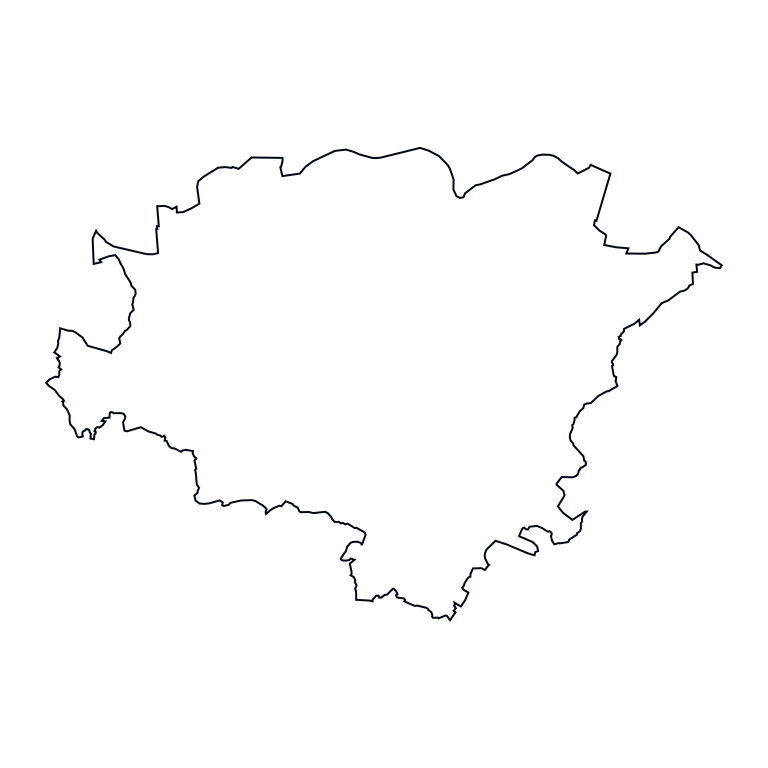 Branistea, Bistrita-Nasaud, Romania (Natural Earth projection)
{"feature_id": "2599482B22928448752539", "entity_name": "Branistea", "entity_type": "district", "adm_level": 2, "iso_a3": "ROU", "parent_name": "Romania", "parent_adm1": "Bistrita-Nasaud", "projection": "natural_earth1", "projection_center": [24.066, 47.15], "detail": "fine", "context": "isolated", "style": "outline", "palette": "ink", "viewbox_px": 768, "rotation_deg": 0, "n_neighbors": 0, "source": "geoboundaries", "source_scale": "gbopen_adm2", "svg_char_len": 6061}
<svg xmlns="http://www.w3.org/2000/svg" viewBox="0 0 768 768"><path d="M586.8,511.6L585.1,511.6L572.4,519.9L562.9,512.7L557.9,506.4L564.6,495.4L563.4,490.9L556.6,484.7L556.6,483.6L561.7,477.0L572.8,477.3L576.0,476.0L578.2,473.7L578.8,470.4L579.6,470.1L580.6,467.8L581.9,467.6L585.8,464.9L585.9,462.6L585.4,461.3L584.4,461.1L583.3,456.1L573.6,445.4L573.3,443.8L570.4,440.0L569.8,436.6L570.1,433.8L572.7,428.2L572.2,425.2L573.4,424.1L574.5,420.3L574.5,417.8L576.3,417.2L579.7,411.3L583.3,408.2L584.2,404.7L587.2,403.4L590.7,403.2L598.3,396.0L606.6,391.4L608.5,391.2L617.4,386.0L615.7,381.3L616.3,377.1L613.8,375.8L612.0,365.9L613.2,365.1L612.9,363.8L611.9,362.6L612.0,361.0L616.6,354.9L617.3,352.3L617.3,346.9L619.8,343.9L620.1,341.4L621.5,340.1L620.6,339.3L619.2,339.2L618.8,336.8L620.8,335.9L620.8,334.6L623.9,331.4L624.1,328.8L634.6,323.6L639.1,319.8L639.9,325.3L645.0,321.6L653.0,313.7L661.6,303.2L668.4,300.3L680.1,291.6L684.2,290.7L686.8,289.2L688.4,287.6L689.4,285.5L693.0,283.9L692.4,272.6L697.1,271.8L696.4,264.6L698.7,264.7L703.3,263.3L710.3,265.3L714.8,267.6L720.0,268.1L721.9,265.4L706.9,254.7L700.0,250.5L698.8,245.4L691.1,235.4L688.2,232.6L678.6,227.2L670.0,237.0L669.5,238.8L661.1,246.3L658.3,251.7L655.2,252.6L645.0,253.7L626.3,253.5L628.4,248.3L616.3,247.3L604.2,245.0L606.2,235.6L605.4,234.4L599.6,230.7L594.0,225.2L595.0,220.3L596.5,220.7L610.4,173.6L590.6,164.9L589.1,167.7L577.8,173.5L574.5,170.4L561.6,161.5L558.1,158.3L553.5,155.8L549.3,154.8L542.7,154.6L537.5,155.5L535.2,156.7L532.5,160.2L522.1,168.2L516.8,170.8L509.4,174.1L501.9,175.8L495.0,179.2L479.8,184.5L475.9,185.1L465.1,193.3L463.5,197.3L459.8,197.9L456.5,196.2L453.4,189.5L453.6,179.6L449.9,168.7L447.8,165.1L439.0,156.1L428.6,150.6L420.1,147.9L380.8,157.6L376.2,158.1L372.1,157.9L359.4,154.4L353.5,151.8L346.0,149.6L334.9,150.9L313.2,161.1L305.6,166.7L299.8,173.6L282.4,176.1L280.3,167.2L281.0,166.8L282.0,163.4L282.6,160.2L282.4,157.9L251.6,157.5L238.7,168.8L232.5,167.0L231.6,167.9L225.3,167.1L218.1,167.7L203.9,176.5L198.3,181.2L197.1,187.0L199.4,203.7L191.4,208.3L183.1,212.1L176.9,212.5L176.5,206.7L172.1,209.1L168.6,207.1L164.7,205.9L157.2,206.2L158.8,226.3L156.9,226.2L157.3,229.1L156.2,229.2L158.1,253.1L153.0,254.3L147.0,254.2L113.7,246.5L106.3,242.1L104.5,239.6L97.2,232.8L96.1,230.8L92.8,238.3L92.7,240.0L93.7,263.9L101.1,262.2L99.4,259.7L108.5,256.4L115.2,255.1L118.9,259.5L120.3,263.1L123.5,268.5L125.2,274.2L130.7,282.7L131.5,285.9L135.2,289.7L135.7,293.6L134.8,296.0L133.5,297.7L132.9,302.9L132.3,304.2L133.7,309.8L130.3,313.2L128.9,318.3L129.0,320.5L130.1,322.1L130.3,326.1L127.1,329.7L124.9,331.1L123.0,333.9L120.3,336.5L119.2,338.2L120.3,343.4L116.5,347.1L111.8,350.3L111.0,353.0L107.2,351.3L87.7,345.8L82.4,337.4L75.2,332.2L72.4,330.9L67.9,330.6L60.2,328.3L59.3,337.7L58.0,341.0L58.3,343.3L57.4,347.6L54.3,352.4L60.0,356.4L56.9,358.1L59.2,361.2L59.7,363.1L59.5,366.0L58.6,367.4L61.2,369.5L59.7,370.5L59.3,371.5L59.3,374.5L58.3,377.2L55.6,376.7L52.9,377.7L49.5,379.5L46.1,382.8L48.8,385.8L54.9,390.1L58.8,395.5L63.2,399.5L64.0,400.8L62.6,401.4L63.0,401.7L63.4,405.5L67.0,409.4L69.7,415.4L69.6,420.6L70.2,424.2L74.7,429.3L77.1,436.3L78.7,437.4L82.7,436.5L82.3,433.1L82.8,431.6L85.3,430.3L86.0,429.2L87.0,429.1L89.2,429.8L89.7,432.2L90.9,433.8L90.4,438.5L94.0,439.2L94.4,434.3L95.4,433.7L95.8,432.1L94.5,431.2L95.3,430.1L95.2,428.9L97.3,427.0L99.5,427.6L102.6,425.3L105.4,421.3L101.8,420.9L103.9,418.1L109.5,417.6L109.7,413.5L110.6,412.0L112.7,412.4L113.5,413.2L120.7,413.1L123.5,413.7L125.1,416.0L125.2,418.1L123.0,422.3L124.5,430.7L127.0,431.3L140.8,427.2L148.3,431.4L156.1,433.7L157.1,434.7L160.5,435.6L161.1,436.5L162.1,436.8L164.2,435.8L165.4,437.8L164.6,440.6L166.7,441.1L169.0,446.1L171.5,448.1L174.6,448.4L180.9,451.8L182.7,450.4L185.5,449.8L193.0,451.1L192.6,453.1L194.1,456.4L196.3,458.6L194.5,460.5L196.2,468.9L195.4,469.2L195.2,471.0L195.8,473.2L196.8,484.5L199.1,488.0L197.7,490.7L197.6,492.9L194.4,495.5L195.6,500.6L199.5,503.5L204.5,503.9L209.5,503.3L219.7,500.4L222.8,502.5L222.1,505.3L223.9,506.0L229.1,504.7L229.7,503.4L231.3,502.6L241.0,500.5L252.0,500.1L255.4,501.0L263.0,505.6L265.1,507.5L266.5,509.0L265.6,512.1L266.1,514.0L270.3,510.2L273.5,508.2L279.2,505.7L281.3,506.2L285.8,501.3L292.4,503.9L293.9,505.7L297.8,507.7L299.2,511.1L300.5,512.2L308.8,512.0L313.4,513.1L325.2,511.8L328.0,513.3L331.4,517.2L332.2,519.1L334.5,521.8L336.9,522.1L338.7,521.7L340.7,523.3L343.0,523.0L345.4,524.4L347.6,523.6L354.7,528.1L356.7,527.9L363.9,532.0L365.0,533.0L365.6,534.8L362.1,544.4L361.5,544.5L361.4,543.5L360.6,542.8L357.3,541.7L352.6,542.0L350.5,542.9L347.2,546.6L346.0,550.9L341.6,557.2L340.8,559.1L341.9,560.2L343.3,560.5L346.6,560.6L349.2,560.0L350.6,558.5L354.5,559.8L349.8,563.6L351.6,572.0L351.6,573.7L350.6,575.3L353.7,577.0L355.3,580.2L355.0,582.4L356.6,585.4L355.2,588.7L356.1,591.9L356.2,599.8L369.7,600.6L372.5,601.3L372.4,600.0L376.2,595.7L378.3,595.7L379.2,596.4L379.2,597.6L381.2,597.7L384.8,594.9L387.1,594.6L392.8,588.8L393.6,588.8L395.8,590.8L397.2,593.3L397.5,594.3L396.0,595.3L397.1,597.5L403.7,598.4L405.2,600.0L404.2,601.3L414.7,605.9L417.3,605.6L426.4,607.8L428.3,609.2L428.5,610.2L431.3,612.1L432.3,615.1L432.1,616.6L432.9,617.8L437.9,617.6L438.5,618.4L445.5,615.5L447.0,616.0L450.0,620.1L455.5,612.4L453.6,610.9L455.9,608.3L454.0,605.7L455.0,604.6L454.5,602.7L460.8,606.5L465.2,600.1L468.4,592.5L463.4,589.7L462.3,587.7L464.0,585.5L464.5,583.3L467.2,579.0L468.4,577.5L470.4,576.6L470.5,573.9L473.0,568.4L481.4,568.2L484.8,570.0L489.0,564.8L488.1,564.5L485.1,558.4L484.6,555.2L485.1,553.2L486.4,549.7L495.5,540.8L506.3,544.3L527.3,553.1L534.5,555.4L535.3,552.0L538.1,551.1L537.2,546.5L532.4,541.9L519.0,536.2L522.2,528.8L522.9,528.1L524.1,527.6L526.1,529.4L527.2,529.4L528.1,529.3L529.5,526.8L536.8,525.9L542.3,528.1L547.1,531.3L548.4,531.6L549.6,531.1L551.6,533.0L551.7,534.6L550.9,536.0L552.1,540.9L554.4,544.3L558.7,543.1L559.6,543.4L568.4,542.0L569.2,539.6L577.0,534.6L577.2,533.1L580.1,531.0L580.9,528.4L580.8,523.2L582.1,521.7L582.0,519.0L582.5,516.7L586.8,511.6Z" fill="none" stroke="#020617" stroke-width="2"/></svg>